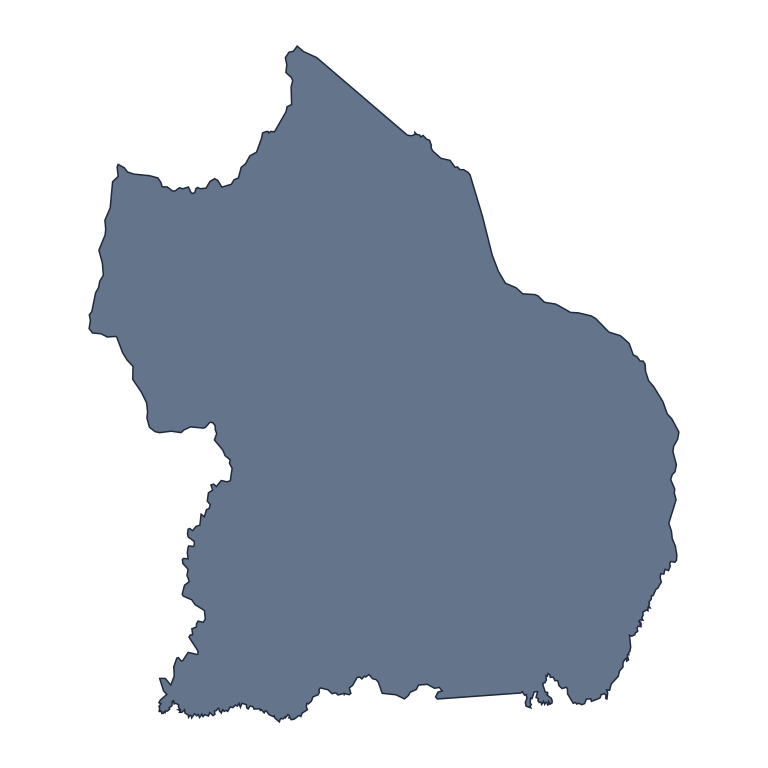 outline of Snuol, Krâchéh, Cambodia
{"feature_id": "14789045B73173825322549", "entity_name": "Snuol", "entity_type": "district", "adm_level": 2, "iso_a3": "KHM", "parent_name": "Cambodia", "parent_adm1": "Krâchéh", "projection": "equal_earth", "projection_center": [106.435, 12.231], "detail": "fine", "context": "isolated", "style": "filled", "palette": "slate", "viewbox_px": 768, "rotation_deg": 0, "n_neighbors": 0, "source": "geoboundaries", "source_scale": "gbopen_adm2", "svg_char_len": 6112}
<svg xmlns="http://www.w3.org/2000/svg" viewBox="0 0 768 768"><path d="M158.9,702.7L161.0,703.8L158.9,706.5L159.7,707.9L159.1,711.4L160.0,711.6L160.1,710.5L161.8,711.9L161.8,713.4L163.5,713.3L164.2,711.8L165.2,712.5L165.7,710.9L167.4,711.1L169.7,709.2L169.1,707.8L171.9,705.8L172.3,701.4L173.5,700.7L174.1,703.9L175.8,703.3L178.5,704.8L178.5,707.2L180.1,709.4L178.2,709.7L180.3,710.9L179.5,712.4L182.0,712.3L184.5,709.8L185.1,713.2L188.4,715.1L188.6,717.3L190.2,715.3L191.4,715.9L191.7,717.8L194.6,713.7L196.6,715.8L198.3,714.5L199.6,717.5L201.9,714.2L203.0,716.6L204.6,714.7L208.5,716.0L209.7,712.6L213.1,715.6L214.9,714.3L214.5,711.0L216.5,710.5L217.8,708.4L218.8,708.3L219.4,710.9L221.3,713.0L222.6,709.7L224.2,711.4L226.1,710.4L227.7,711.4L230.2,707.0L233.0,707.6L235.4,705.1L237.4,706.1L239.0,703.4L240.4,707.3L241.9,703.3L246.3,704.6L246.8,707.8L248.1,709.0L250.2,705.9L253.3,707.0L254.0,709.1L259.9,708.8L260.3,710.4L261.3,709.7L264.2,712.9L265.4,710.7L266.2,710.9L269.1,714.7L273.2,716.6L274.2,715.9L274.9,718.1L279.3,721.9L280.5,718.4L282.9,719.0L284.9,716.9L285.3,717.8L288.0,714.6L289.7,716.0L288.8,717.8L290.3,718.0L291.1,719.7L294.1,719.2L299.2,715.4L300.9,716.5L302.2,713.1L307.4,709.7L306.3,706.6L306.9,703.3L308.4,703.9L311.5,701.0L312.9,696.9L318.1,694.8L319.3,692.4L319.0,689.8L320.3,687.9L327.9,689.7L332.0,693.7L335.7,692.8L338.0,695.0L343.8,693.4L344.2,694.7L345.1,693.6L349.0,694.7L350.9,693.4L349.3,687.9L352.7,685.3L357.1,677.6L359.5,676.9L361.8,678.9L364.1,676.3L365.7,677.0L369.0,674.6L372.5,678.7L376.1,679.6L378.2,682.0L382.2,693.3L396.0,694.8L404.5,698.9L408.4,695.5L410.1,692.3L416.2,689.6L418.6,685.1L427.2,684.3L434.6,688.3L439.3,687.4L442.2,690.9L438.0,692.1L435.6,696.9L437.4,699.0L520.7,693.0L522.2,691.7L524.6,695.2L526.3,694.5L526.9,698.5L525.3,702.5L526.1,706.2L530.8,707.9L530.1,706.2L531.3,704.8L530.1,702.5L530.7,698.0L532.0,698.6L534.3,691.8L537.6,691.6L536.0,697.4L538.5,698.8L537.9,700.6L539.2,702.4L540.8,702.1L541.7,704.5L543.5,701.4L544.7,704.4L545.8,702.3L546.9,702.5L547.7,705.0L548.9,704.3L548.8,701.7L550.3,704.1L552.1,702.9L552.1,700.2L551.1,698.0L546.7,694.8L547.7,694.0L547.6,692.4L545.3,692.2L543.0,685.1L543.0,683.2L544.9,682.8L546.3,680.2L546.0,675.4L547.5,676.1L548.1,673.6L550.0,675.0L550.2,677.2L553.4,677.3L554.9,680.7L557.8,680.6L558.9,685.6L562.1,688.6L566.3,687.2L567.4,688.9L567.6,693.9L573.2,703.3L575.5,702.5L576.8,704.1L578.6,703.2L581.8,704.7L584.6,703.6L586.4,699.1L590.9,698.9L591.4,701.4L598.7,698.6L600.2,697.7L601.1,694.7L604.5,693.6L606.0,695.3L605.8,698.5L606.9,699.0L607.7,692.9L606.6,689.9L609.6,690.4L611.2,684.0L618.3,676.3L619.5,671.0L623.0,667.0L623.0,662.7L624.5,659.8L626.4,658.2L626.6,661.1L628.5,659.9L627.4,655.6L627.7,654.4L628.8,654.7L628.7,652.6L629.9,651.4L630.7,647.1L629.5,635.2L631.7,636.2L634.8,634.8L635.4,632.8L637.7,631.4L637.0,627.9L638.2,626.2L641.0,626.7L641.2,623.9L639.9,624.0L640.7,622.2L638.9,621.6L640.1,619.9L642.9,620.2L641.8,617.8L643.2,615.1L642.8,612.1L646.6,610.0L648.0,610.7L647.9,607.6L650.1,607.9L648.7,605.8L649.5,603.5L648.9,602.2L651.3,599.0L651.4,596.0L653.1,595.6L655.9,589.4L657.8,588.2L661.3,582.0L660.1,577.6L660.8,573.7L663.8,574.1L665.0,569.3L668.5,570.6L670.2,566.3L669.8,563.1L670.9,561.5L674.8,562.3L676.5,560.3L676.8,554.9L675.3,546.0L672.3,538.8L671.4,531.0L668.8,523.3L676.1,499.7L674.3,493.3L674.7,489.0L670.7,479.6L672.2,474.7L675.0,471.8L676.4,464.7L672.9,451.5L673.7,446.2L677.7,439.1L678.9,432.1L671.7,418.6L667.3,414.1L663.0,401.8L653.6,386.5L648.7,380.9L645.6,371.6L645.1,364.2L643.1,361.1L640.1,361.0L637.1,356.8L633.3,354.9L629.1,343.4L623.6,338.4L620.2,335.6L608.9,332.1L595.7,318.5L591.2,315.9L578.6,312.9L570.5,312.4L555.8,304.1L544.5,302.3L538.0,295.9L534.9,294.6L522.7,293.8L516.1,287.8L505.4,283.2L498.4,271.3L492.2,255.0L482.5,216.4L470.0,174.7L468.1,172.4L463.7,169.7L459.9,169.6L457.4,166.9L455.0,167.3L450.1,160.4L440.9,158.3L432.7,150.9L431.0,147.5L431.4,145.5L429.6,140.3L426.7,139.2L423.0,135.4L420.7,137.0L419.7,135.0L417.0,134.6L414.9,132.5L415.0,134.5L411.4,135.8L407.3,135.1L316.8,57.7L303.6,51.6L297.1,46.1L293.4,51.3L289.0,52.2L285.4,57.6L286.8,64.8L285.9,72.5L291.4,77.6L292.7,80.7L291.1,87.0L291.6,104.5L287.1,106.7L286.0,111.8L274.5,131.8L270.8,131.4L268.8,133.0L268.1,131.5L266.3,131.5L262.6,132.9L261.5,138.4L256.5,152.2L249.9,155.8L245.6,163.7L241.2,167.3L238.4,178.0L234.1,179.7L231.3,184.3L221.8,187.1L217.8,180.4L214.6,178.7L210.0,181.4L206.1,188.1L200.5,188.7L197.4,187.5L195.7,189.0L195.1,192.1L193.3,193.5L191.1,192.8L188.4,187.0L182.6,188.8L179.4,187.7L175.4,190.8L172.7,191.1L167.2,186.9L162.2,186.8L160.8,182.2L157.8,177.9L149.6,175.7L133.8,174.1L127.5,172.0L124.3,167.8L118.1,164.4L117.1,167.1L118.2,176.4L112.6,181.8L110.2,207.9L104.9,220.2L105.7,229.2L105.1,235.0L98.9,250.2L102.4,263.2L103.3,275.2L99.7,281.3L98.6,287.5L95.6,292.8L91.8,311.6L89.3,314.8L90.4,320.4L89.1,328.7L92.6,333.0L101.1,333.8L107.3,337.0L115.8,336.4L116.8,337.3L122.6,352.7L127.1,360.0L133.0,366.4L132.7,379.3L141.3,392.1L146.5,402.5L147.6,411.9L146.9,418.0L149.5,427.3L155.0,431.6L159.4,432.7L171.1,431.2L181.1,432.6L184.0,429.9L190.5,426.9L203.4,428.1L205.3,427.5L210.0,422.2L213.0,422.8L215.2,425.8L215.2,429.5L216.7,433.6L214.4,440.0L222.8,450.1L225.1,455.7L230.3,460.0L229.4,463.2L232.1,468.2L230.3,480.8L226.9,481.8L221.2,480.5L216.4,486.6L213.7,484.1L210.9,485.0L212.6,490.1L208.4,492.9L207.3,501.1L210.3,504.8L209.1,508.4L206.4,509.8L204.4,516.7L201.1,514.2L199.9,525.1L195.9,526.5L192.7,530.6L189.7,528.5L188.1,529.2L187.5,534.1L188.3,537.1L194.1,541.3L194.4,544.4L193.5,546.5L188.9,545.9L188.1,547.2L187.3,552.7L188.1,558.8L183.6,558.4L182.4,559.5L182.9,563.6L188.1,569.3L187.0,575.3L188.9,580.4L188.8,582.0L184.5,585.2L182.2,594.2L183.4,596.2L191.8,599.8L195.0,604.6L204.4,610.5L205.3,619.1L203.2,622.3L198.0,621.1L196.5,623.8L196.3,627.1L191.9,628.7L192.6,634.8L190.2,635.0L189.0,637.2L197.8,650.7L198.1,653.6L197.1,654.5L188.2,652.4L182.5,660.9L180.9,660.7L178.4,657.6L176.8,658.1L173.8,666.6L174.2,676.1L170.8,685.1L165.3,678.4L159.6,678.4L163.6,690.9L166.8,694.4L160.4,700.0L158.9,702.7Z" fill="#64748b" stroke="#1e293b" stroke-width="1.5"/></svg>